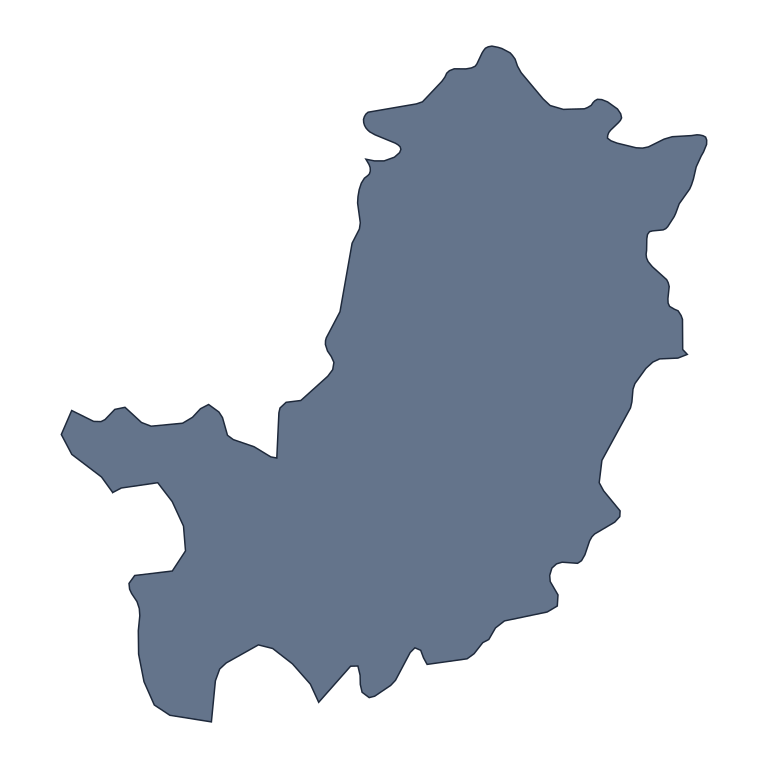 Firenze, Mercator projection
{"feature_id": "ITA-5386", "entity_name": "Firenze", "entity_type": "Province", "adm_level": 1, "iso_a3": "ITA", "parent_name": "Italy", "parent_adm1": "", "projection": "mercator", "projection_center": [11.33, 43.844], "detail": "fine", "context": "isolated", "style": "filled", "palette": "slate", "viewbox_px": 768, "rotation_deg": 0, "n_neighbors": 0, "source": "natural_earth", "source_scale": "10m", "svg_char_len": 2959}
<svg xmlns="http://www.w3.org/2000/svg" viewBox="0 0 768 768"><path d="M112.6,492.6L112.5,492.2L101.5,477.0L71.8,454.4L61.3,434.5L71.7,410.5L93.7,421.4L101.0,421.6L105.0,419.6L114.8,409.4L125.0,407.3L141.5,422.5L151.1,426.2L182.6,423.2L192.5,417.3L200.5,408.7L208.6,404.5L218.9,412.0L222.5,417.6L227.5,435.3L233.3,439.6L254.2,446.8L270.8,456.9L276.8,458.0L278.9,412.8L280.0,408.0L286.1,402.3L300.8,400.5L327.8,376.2L332.7,369.6L333.9,362.4L331.3,356.6L327.5,351.0L325.4,344.5L325.5,340.7L326.3,337.8L340.0,311.7L352.1,243.2L359.4,229.0L360.3,222.8L357.6,203.0L358.0,196.5L359.2,189.6L361.3,183.2L364.4,178.2L367.9,175.5L369.4,173.9L370.3,171.1L370.2,167.7L369.1,164.6L365.9,159.2L374.5,160.9L384.1,160.9L394.4,157.2L399.6,152.6L400.9,149.4L400.1,146.7L398.0,144.8L395.4,143.2L375.0,134.8L369.8,131.9L367.7,130.0L365.9,127.9L364.5,125.3L363.7,122.6L363.5,119.4L364.4,116.6L365.9,114.1L368.1,112.2L416.4,103.9L422.5,101.8L441.9,81.3L444.9,77.1L445.8,75.2L446.7,73.2L449.4,70.7L454.2,68.8L465.9,68.9L471.5,67.9L475.2,66.2L476.9,63.9L482.1,52.9L483.6,50.5L485.4,48.2L488.2,46.8L491.9,46.1L498.0,47.3L501.9,48.5L510.2,52.9L512.5,55.5L515.1,59.1L517.5,66.1L521.1,72.6L543.0,98.8L550.1,105.5L563.4,109.4L569.0,109.2L584.4,108.8L587.6,107.5L591.3,105.3L592.9,102.8L594.8,100.8L597.4,99.3L601.8,99.6L607.6,101.9L617.5,109.0L620.7,113.8L621.6,117.9L620.4,120.4L618.4,122.7L610.7,130.1L608.8,132.5L607.7,135.4L607.5,138.2L611.0,140.8L617.0,143.1L636.2,147.8L642.6,148.1L648.4,146.9L664.1,139.1L672.3,136.7L689.6,135.7L691.4,135.6L696.9,134.8L699.8,135.0L703.0,135.7L705.6,137.1L706.7,140.1L706.6,144.4L703.5,152.0L701.2,156.0L696.2,166.9L693.4,179.1L691.5,184.9L689.7,189.0L679.2,203.8L675.8,213.1L674.2,216.6L667.7,226.7L665.7,228.7L663.1,229.9L652.5,230.9L649.5,231.7L647.5,234.5L646.8,238.9L646.6,250.4L646.1,254.2L646.5,257.8L648.1,261.6L652.3,266.7L666.7,279.7L668.2,282.7L669.2,286.6L667.9,298.8L668.1,303.1L669.6,306.4L674.4,309.2L678.1,310.8L681.1,315.5L682.5,319.4L682.7,349.5L687.3,354.4L677.9,358.1L659.6,358.9L652.8,362.1L645.9,368.4L634.9,383.6L633.0,389.2L631.9,401.9L630.5,407.9L601.9,460.4L599.2,482.7L603.6,490.8L620.1,510.9L619.8,516.6L614.8,522.1L594.6,534.0L591.9,536.8L589.6,540.9L584.9,554.8L581.5,560.7L577.6,563.3L562.1,562.2L556.5,563.9L551.9,568.1L549.7,575.4L550.2,581.5L558.0,594.9L557.3,606.0L547.2,612.0L504.5,620.9L495.5,627.9L488.8,639.5L482.8,642.6L474.1,653.7L467.1,658.8L427.1,664.4L423.5,657.8L420.7,650.3L414.9,647.8L410.2,652.5L395.5,680.3L390.8,685.3L374.7,696.2L369.2,697.6L362.1,692.3L360.3,684.5L360.1,675.3L357.9,666.0L350.6,666.2L318.7,702.3L310.4,684.2L292.5,663.9L272.7,648.5L258.4,644.9L226.3,662.9L219.7,669.0L215.4,680.8L211.4,721.9L169.9,715.3L154.3,705.0L144.0,681.7L138.6,654.1L138.3,630.7L139.8,615.7L139.3,608.6L137.0,601.6L131.6,593.5L129.6,589.2L129.0,583.4L134.7,575.5L172.3,571.0L185.5,550.9L183.5,526.1L172.2,501.6L157.7,482.7L121.3,488.0L112.6,492.6Z" fill="#64748b" stroke="#1e293b" stroke-width="1.5"/></svg>